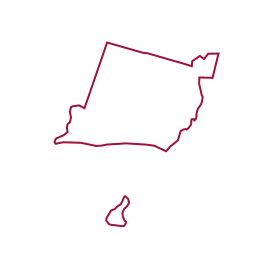 outline of Washington, Rhode Island, United States of America, rotated 17°
{"feature_id": "52423323B82979522420472", "entity_name": "Washington", "entity_type": "district", "adm_level": 2, "iso_a3": "USA", "parent_name": "United States of America", "parent_adm1": "Rhode Island", "projection": "mercator", "projection_center": [-71.592, 41.4], "detail": "fine", "context": "isolated", "style": "outline", "palette": "rose", "viewbox_px": 256, "rotation_deg": 17, "n_neighbors": 0, "source": "geoboundaries", "source_scale": "gbopen_adm2", "svg_char_len": 1302}
<svg xmlns="http://www.w3.org/2000/svg" viewBox="0 0 256 256"><g transform="rotate(17 128 128)"><path d="M62.5,158.9L62.0,160.3L61.8,162.9L63.4,164.2L70.2,160.6L84.0,156.8L87.5,155.9L100.3,154.7L102.8,154.5L108.3,152.4L112.2,150.2L130.5,143.3L150.5,138.5L158.7,137.2L159.7,137.4L162.6,137.9L171.3,139.1L173.7,133.6L179.3,125.2L179.2,115.5L179.5,115.2L181.2,113.4L183.4,112.2L183.6,112.2L184.4,112.3L185.6,110.9L187.0,107.4L187.2,105.3L186.4,103.0L186.4,101.0L188.6,100.3L189.2,101.3L190.0,100.3L190.2,98.2L190.1,96.6L189.5,95.6L189.1,90.3L189.6,88.3L191.0,83.5L191.0,80.8L190.3,76.4L189.0,75.2L183.0,64.7L181.5,58.8L191.3,56.1L194.2,55.3L192.8,30.4L183.0,33.5L180.5,39.8L175.7,38.0L169.9,45.3L170.9,50.2L167.0,50.2L160.0,50.2L153.5,50.4L124.9,50.8L120.7,51.7L83.0,52.4L82.1,79.4L81.8,87.5L80.6,121.7L80.6,121.8L74.6,120.7L68.5,123.6L67.6,124.4L67.4,126.0L67.8,130.0L70.3,134.2L70.5,136.0L70.8,139.4L69.0,142.2L69.6,145.9L71.4,149.5L68.7,153.6L62.5,158.9ZM133.8,220.2L134.2,222.9L137.6,225.3L139.4,225.6L151.5,223.5L152.9,222.7L153.8,219.8L153.6,218.4L151.9,217.7L148.9,214.1L147.5,211.0L147.9,206.8L149.9,203.3L150.8,200.0L150.6,198.5L148.8,195.7L145.2,194.1L144.3,195.6L144.1,199.4L143.3,203.1L140.6,206.3L139.0,209.4L136.0,211.8L133.8,220.2Z" fill="none" stroke="#9f1239" stroke-width="2"/></g></svg>